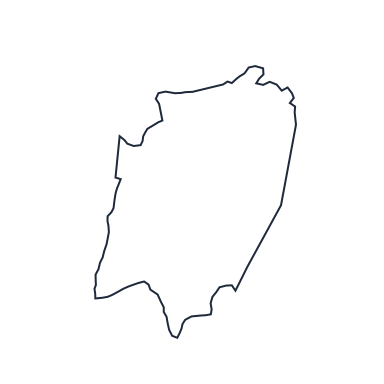 Saltinho, Santa Catarina, Brazil, rotated 304°
{"feature_id": "56859067B33666682456354", "entity_name": "Saltinho", "entity_type": "district", "adm_level": 2, "iso_a3": "BRA", "parent_name": "Brazil", "parent_adm1": "Santa Catarina", "projection": "albers", "projection_center": [-53.035, -26.587], "detail": "fine", "context": "isolated", "style": "outline", "palette": "slate", "viewbox_px": 384, "rotation_deg": 304, "n_neighbors": 0, "source": "geoboundaries", "source_scale": "gbopen_adm2", "svg_char_len": 1402}
<svg xmlns="http://www.w3.org/2000/svg" viewBox="0 0 384 384"><g transform="rotate(304 192 192)"><path d="M134.5,283.2L161.2,279.7L230.8,273.2L305.9,240.6L309.7,237.4L315.4,232.6L320.5,229.7L320.5,223.4L326.9,223.8L329.8,219.6L332.1,212.8L326.2,209.7L328.4,202.2L326.8,194.8L320.6,191.1L318.0,184.5L323.7,184.3L329.4,185.5L334.3,181.8L331.7,173.9L326.9,169.4L319.7,169.2L314.5,166.8L310.4,165.5L304.6,164.1L303.4,159.7L298.5,157.6L275.3,136.4L271.2,130.8L268.0,127.5L264.4,122.7L260.4,113.9L255.2,108.9L249.0,109.9L246.7,115.4L234.7,127.5L230.9,125.0L225.4,122.5L219.4,119.7L215.2,119.9L210.8,120.4L206.7,122.5L202.1,123.2L197.5,117.9L195.9,111.4L197.3,106.9L197.8,100.8L161.2,120.5L162.8,125.7L157.9,126.8L153.1,127.8L148.4,129.3L142.3,132.1L134.7,136.0L130.1,136.5L124.7,135.6L120.5,138.3L117.3,141.6L112.3,145.5L106.3,148.1L100.9,150.4L94.1,152.2L87.8,154.5L81.9,155.3L75.8,157.6L69.5,158.3L65.0,161.5L61.2,164.3L57.2,165.3L53.6,168.6L49.7,171.4L54.0,176.6L57.8,180.6L61.9,183.3L68.4,186.7L73.6,189.3L78.6,192.5L85.8,197.8L91.0,202.3L91.0,207.6L87.8,212.1L87.8,220.8L83.5,227.8L80.6,233.1L76.8,235.6L74.3,240.7L69.1,245.7L64.9,250.2L61.7,256.0L62.9,261.3L68.6,260.6L73.2,259.6L77.1,258.0L82.2,257.8L88.5,261.1L93.9,267.6L97.8,272.6L101.1,276.0L105.7,273.9L110.1,269.7L116.4,267.6L122.5,268.1L128.4,268.1L133.6,272.7L136.9,277.2L134.5,283.2Z" fill="none" stroke="#1e293b" stroke-width="2"/></g></svg>